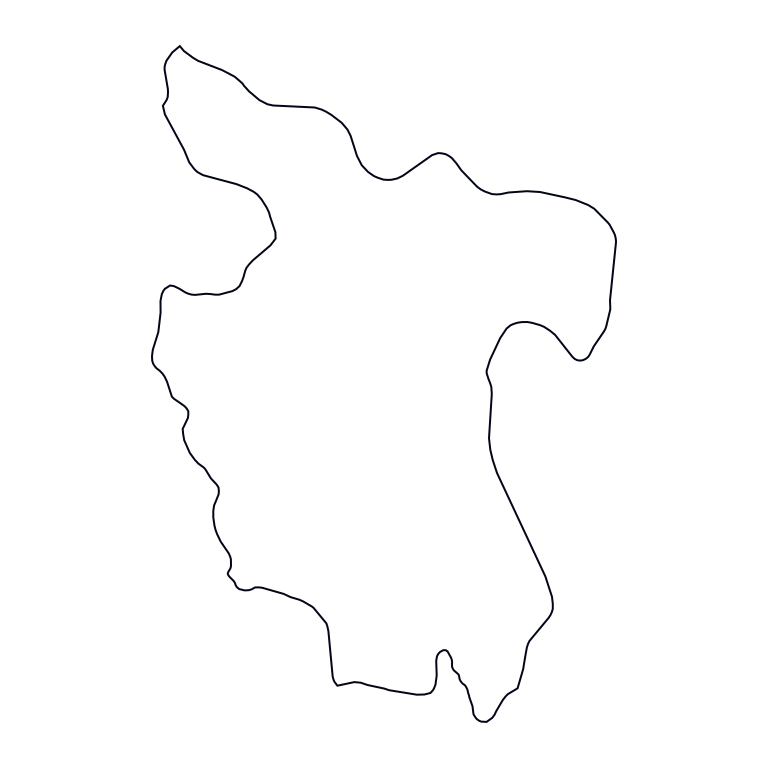 outline of San Martín
{"feature_id": "PER-582", "entity_name": "San Martín", "entity_type": "Department", "adm_level": 1, "iso_a3": "PER", "parent_name": "Peru", "parent_adm1": "", "projection": "orthographic", "projection_center": [-76.762, -7.06], "detail": "fine", "context": "isolated", "style": "outline", "palette": "ink", "viewbox_px": 768, "rotation_deg": 0, "n_neighbors": 0, "source": "natural_earth", "source_scale": "10m", "svg_char_len": 3553}
<svg xmlns="http://www.w3.org/2000/svg" viewBox="0 0 768 768"><path d="M179.8,46.1L184.0,51.1L192.9,57.7L198.2,60.9L221.9,70.0L234.7,76.7L242.4,83.4L244.2,86.0L249.0,91.3L259.4,100.1L267.3,104.2L273.1,105.5L314.8,107.5L321.7,109.6L326.3,111.8L331.5,115.0L341.7,122.8L347.4,129.5L350.6,135.8L357.0,156.0L361.8,165.3L368.1,172.0L374.0,176.1L377.7,177.7L383.4,179.6L387.5,179.9L391.3,179.8L397.2,178.5L402.8,175.8L432.1,155.1L438.1,153.1L441.5,153.3L445.7,154.2L449.0,156.0L451.9,158.1L456.5,163.5L461.3,170.3L477.1,186.7L480.6,189.3L484.8,191.5L492.0,194.1L496.4,194.4L500.4,194.2L508.6,192.5L526.9,191.2L540.0,192.0L564.7,197.3L575.6,200.0L588.1,205.0L594.2,208.7L607.9,222.6L609.6,224.7L613.5,231.9L614.8,234.7L615.5,237.3L615.9,239.8L616.0,242.3L610.0,300.3L610.3,307.9L610.2,309.8L606.3,326.1L605.5,328.6L604.1,331.2L593.7,346.5L589.7,354.6L588.1,357.0L586.0,358.7L583.2,360.1L580.3,360.6L577.2,360.2L574.7,358.9L572.4,356.8L555.1,334.9L550.0,330.7L544.0,326.8L539.9,325.1L532.3,322.9L527.3,322.0L521.9,322.1L517.6,322.7L513.4,324.0L510.7,325.2L506.6,328.5L500.2,338.1L490.1,359.6L486.7,370.5L486.6,372.2L486.8,373.7L488.6,379.3L489.9,382.5L491.3,386.8L491.8,393.9L489.0,438.2L490.3,449.7L492.7,459.9L497.0,473.0L545.4,576.5L552.0,596.8L552.8,603.8L552.8,608.8L551.8,612.2L550.4,615.2L548.6,617.9L529.5,640.9L528.0,644.0L526.8,647.8L525.0,657.9L523.2,669.0L517.6,688.3L507.8,694.2L505.8,696.2L503.0,699.7L496.2,711.2L494.7,714.5L492.3,717.8L486.6,721.9L481.2,721.6L479.0,720.7L476.3,718.6L474.8,716.4L473.5,714.2L472.5,706.2L469.4,697.5L469.0,695.4L468.3,693.5L467.4,689.6L466.4,687.5L465.1,685.4L462.3,683.3L460.6,681.2L459.6,679.1L459.0,675.7L458.6,674.7L458.1,674.1L453.8,670.3L452.7,668.5L452.0,666.4L452.1,662.0L451.8,659.9L451.1,657.8L447.6,651.5L445.8,650.2L443.2,650.2L440.0,652.0L438.2,654.0L437.0,656.3L436.2,660.8L436.7,675.4L435.5,684.6L433.8,688.9L432.3,691.0L430.4,693.0L424.4,694.5L416.9,694.7L389.1,690.2L384.4,688.6L367.5,685.0L360.7,682.7L354.3,682.1L337.4,685.7L334.4,681.7L333.6,679.8L332.7,676.8L328.4,631.2L327.4,626.5L326.4,623.4L313.6,607.9L312.0,606.6L303.1,601.4L299.3,599.7L290.5,597.1L283.7,593.9L262.3,587.8L259.3,587.4L255.2,587.4L251.5,589.4L248.7,590.2L244.6,590.4L239.3,589.1L236.9,587.2L235.6,585.0L234.9,582.9L233.8,581.1L230.1,577.4L228.7,575.8L227.9,574.3L227.8,573.6L227.9,572.9L228.6,571.4L230.3,568.6L230.7,567.5L231.0,565.6L230.9,559.2L230.1,556.4L228.7,553.3L220.7,541.6L217.1,534.1L215.6,530.1L214.5,525.8L213.3,517.4L213.3,510.8L214.1,505.5L218.6,494.4L218.9,491.4L218.5,487.4L216.6,484.5L210.9,478.4L205.7,469.8L204.0,467.7L198.4,463.6L194.8,459.8L189.8,452.9L184.2,440.2L183.1,433.7L182.7,428.9L187.9,418.0L188.3,415.0L188.3,411.3L186.7,408.5L184.5,406.1L174.0,398.8L171.9,396.7L167.0,381.6L164.5,376.5L162.5,373.6L159.8,370.8L156.5,368.3L154.9,366.4L153.2,363.8L152.2,360.6L152.0,356.1L152.8,349.8L158.3,332.2L160.6,312.6L160.5,301.0L161.8,294.2L163.3,291.0L164.9,288.8L170.1,285.5L173.9,286.1L179.5,288.8L185.3,292.4L188.3,293.7L191.6,294.6L195.1,294.9L205.8,293.8L209.9,294.0L215.5,294.7L218.9,294.7L232.4,291.1L236.2,289.1L239.6,286.0L242.1,280.9L243.5,277.1L245.2,270.9L246.5,267.8L249.0,264.5L252.9,260.3L270.5,245.3L275.6,238.6L275.4,232.2L270.2,216.9L269.1,212.7L266.7,207.6L261.6,199.5L257.3,194.5L253.7,191.8L247.1,188.3L236.7,184.2L211.0,177.3L202.9,175.1L197.3,172.0L194.2,169.0L189.2,162.3L184.0,149.7L164.9,114.4L162.9,105.8L166.6,100.0L167.7,97.1L168.0,92.7L167.9,89.2L164.6,69.8L164.6,66.9L165.2,64.3L166.4,60.8L172.2,52.5L179.8,46.1Z" fill="none" stroke="#020617" stroke-width="2"/></svg>